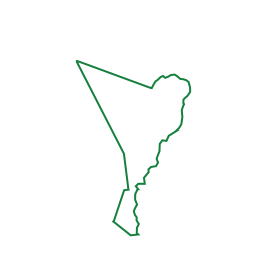 the district of Esperance, Soufrière, Saint Lucia, rotated 46°
{"feature_id": "8701671B42907640167452", "entity_name": "Esperance", "entity_type": "district", "adm_level": 2, "iso_a3": "LCA", "parent_name": "Saint Lucia", "parent_adm1": "Soufrière", "projection": "mercator", "projection_center": [-61.035, 13.845], "detail": "fine", "context": "isolated", "style": "outline", "palette": "green", "viewbox_px": 256, "rotation_deg": 46, "n_neighbors": 0, "source": "geoboundaries", "source_scale": "gbopen_adm2", "svg_char_len": 1075}
<svg xmlns="http://www.w3.org/2000/svg" viewBox="0 0 256 256"><g transform="rotate(46 128 128)"><path d="M44.3,118.1L44.3,118.4L45.6,119.1L143.7,148.8L144.1,149.1L172.1,170.1L172.7,170.4L170.1,174.0L185.2,203.0L185.1,203.5L207.1,200.6L211.7,194.6L209.7,194.7L205.9,190.8L204.6,186.9L200.4,186.0L198.3,183.8L195.3,183.4L191.9,181.6L190.7,179.0L189.4,174.7L184.3,172.5L180.5,168.6L178.7,163.6L179.1,163.2L178.5,163.1L175.3,162.8L175.3,161.3L175.3,159.3L179.8,154.7L177.4,152.9L174.9,151.1L174.1,143.8L172.0,142.1L172.0,138.6L174.9,134.3L173.7,130.4L169.9,128.7L166.5,121.4L161.5,116.2L160.7,111.9L164.0,109.3L163.3,107.6L161.9,104.1L163.9,94.8L163.5,95.1L163.5,91.5L162.4,87.1L157.9,81.3L152.5,76.9L150.6,73.3L149.8,71.1L148.9,71.1L146.2,68.6L146.0,66.7L146.2,62.8L145.2,58.2L142.1,55.3L140.1,54.2L137.1,52.5L134.1,52.9L131.6,54.2L128.9,56.3L124.6,56.7L122.9,57.1L121.9,57.4L119.7,60.4L118.9,63.7L117.8,66.4L115.6,66.6L115.0,66.6L114.0,69.2L114.0,73.0L113.6,75.9L114.4,79.1L115.8,83.2L114.4,83.7L115.5,83.6L44.3,118.1Z" fill="none" stroke="#15803d" stroke-width="2"/></g></svg>